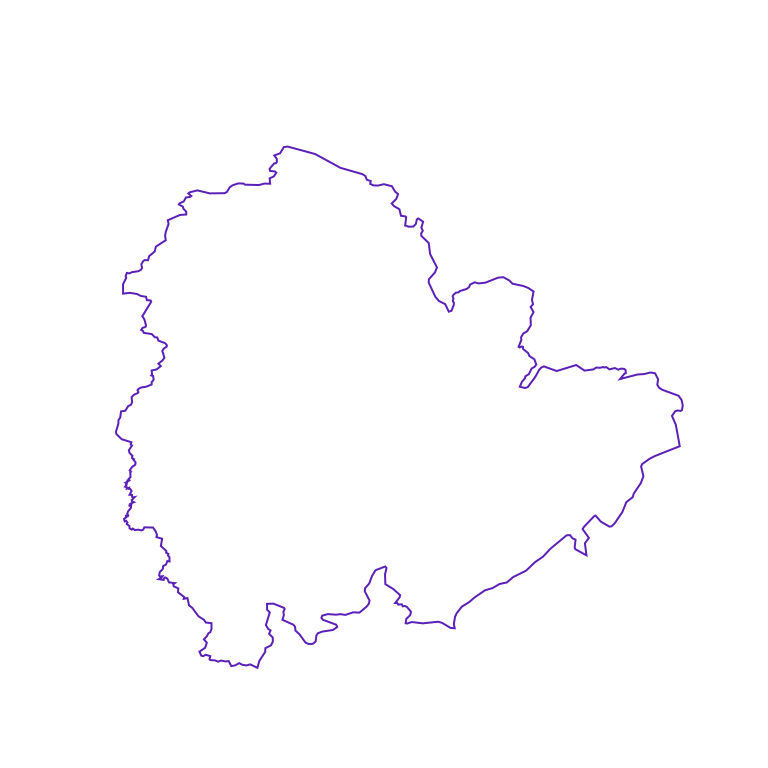 the Province of Orientale, rotated 256°
{"feature_id": "COD-1559", "entity_name": "Orientale", "entity_type": "Province", "adm_level": 1, "iso_a3": "COD", "parent_name": "Democratic Republic of the Congo", "parent_adm1": "", "projection": "equal_earth", "projection_center": [26.062, 1.632], "detail": "fine", "context": "isolated", "style": "outline", "palette": "violet", "viewbox_px": 768, "rotation_deg": 256, "n_neighbors": 0, "source": "natural_earth", "source_scale": "10m", "svg_char_len": 6163}
<svg xmlns="http://www.w3.org/2000/svg" viewBox="0 0 768 768"><g transform="rotate(256 384 384)"><path d="M421.0,122.2L420.7,126.6L424.4,130.4L425.1,133.5L427.3,135.2L432.3,135.9L434.0,138.6L434.8,143.0L435.6,143.8L437.6,143.3L438.6,144.5L439.4,147.7L438.9,152.2L439.7,158.4L441.8,158.9L444.0,161.6L447.7,161.9L448.6,160.3L449.4,161.3L453.3,161.8L453.2,167.1L455.4,171.8L458.3,170.0L460.5,174.8L462.6,177.3L469.7,176.9L471.6,178.8L472.8,182.2L474.1,182.7L476.6,181.5L480.6,175.6L484.0,175.3L484.8,172.9L488.6,170.8L491.8,163.2L493.5,163.1L495.2,161.5L496.8,163.3L497.2,166.5L498.6,167.3L504.8,167.1L508.2,165.9L520.1,178.0L521.5,177.8L522.7,174.2L526.2,174.2L528.2,169.5L531.1,166.1L534.0,159.3L534.8,152.7L543.9,154.9L549.4,159.6L551.1,159.3L554.0,161.4L552.9,163.8L553.5,166.4L552.9,172.8L553.5,175.6L555.0,177.3L558.9,177.5L561.6,180.2L562.1,181.7L561.2,185.0L564.9,187.1L568.0,193.5L572.5,195.9L576.3,207.0L580.9,207.5L584.6,209.2L591.4,213.7L595.2,213.8L597.4,226.9L596.3,233.1L599.1,233.8L602.5,231.8L604.8,231.7L607.8,228.4L608.8,229.4L609.6,233.9L612.9,236.9L612.4,240.9L613.0,242.5L616.2,240.2L617.0,242.0L617.0,249.8L611.1,261.1L607.7,275.6L608.4,278.1L612.1,281.8L613.4,284.9L613.9,290.9L612.5,296.1L611.0,297.4L607.3,310.8L607.4,316.4L605.9,322.0L611.2,322.8L612.1,327.3L615.0,330.6L616.6,329.6L618.3,325.0L620.4,325.0L624.6,330.7L624.3,332.5L625.4,333.8L628.6,334.4L632.3,332.8L633.0,339.0L638.1,344.2L637.6,348.1L623.8,372.8L604.3,394.0L592.8,413.9L590.2,416.3L586.4,416.7L584.1,420.2L581.5,419.0L579.3,421.7L578.0,426.2L577.9,432.2L574.0,439.5L568.0,441.3L564.8,443.6L560.5,440.6L557.3,435.1L554.1,436.8L549.9,441.2L543.1,441.2L541.4,445.4L540.5,445.9L532.7,442.9L530.7,445.9L529.7,450.6L531.7,453.7L535.8,455.7L536.3,457.4L532.0,461.2L526.7,458.1L523.3,458.7L521.2,456.6L518.8,456.0L510.0,461.5L498.9,460.2L484.3,463.6L479.9,460.4L474.8,452.9L471.7,451.9L456.3,454.9L451.2,457.4L446.7,462.7L438.5,464.4L438.7,467.2L443.8,470.8L445.8,471.5L447.9,470.8L450.3,472.1L452.5,471.8L453.8,473.1L455.2,475.8L454.9,478.5L455.8,480.1L456.3,487.5L457.7,490.3L459.6,491.5L460.7,496.6L458.7,500.2L457.8,506.8L459.6,520.5L458.7,525.7L454.1,530.7L450.2,533.0L445.5,542.7L442.3,547.2L437.5,551.5L429.8,547.9L425.3,547.9L423.3,544.9L417.6,546.5L412.8,542.2L405.5,540.7L400.5,535.6L399.4,531.5L396.2,528.3L393.5,527.9L387.5,523.6L386.6,524.5L387.1,526.8L386.5,527.8L384.2,527.5L379.1,531.4L376.0,531.8L371.6,535.9L366.0,536.5L364.2,534.2L363.4,531.1L358.5,526.9L357.2,522.9L355.5,522.3L352.8,518.4L348.5,515.1L346.0,519.9L346.2,522.7L354.2,532.4L360.3,538.1L361.9,540.6L362.4,543.4L354.8,554.7L355.9,575.1L348.5,581.8L347.5,590.6L348.6,594.0L347.5,597.4L347.4,601.0L346.7,601.8L346.6,603.8L343.7,606.2L343.6,611.9L341.2,614.9L341.6,617.6L340.6,620.6L339.2,621.8L336.0,621.2L335.9,619.9L331.7,614.3L331.9,632.3L330.7,638.8L330.7,645.3L328.8,649.6L322.3,651.1L317.1,649.0L313.7,650.1L311.0,652.7L301.3,667.0L296.3,668.9L291.0,668.7L286.7,666.9L286.1,665.4L287.3,662.3L287.1,659.9L283.4,655.7L273.8,657.3L252.1,655.9L248.6,629.6L247.2,623.6L243.8,615.0L241.7,613.5L231.8,613.4L225.7,609.2L217.3,599.9L214.0,597.9L210.7,590.5L202.2,584.4L193.0,574.1L190.8,570.3L191.1,568.2L198.0,561.1L205.1,557.5L204.9,555.9L197.1,543.6L195.2,541.6L185.1,545.6L180.9,540.4L168.8,539.0L177.4,529.7L179.4,529.5L186.6,532.2L188.9,529.4L192.3,528.0L193.0,524.6L184.0,505.8L178.0,496.5L174.7,487.6L168.5,476.7L165.4,462.5L161.7,455.2L162.0,447.8L159.7,439.9L159.4,432.1L154.7,419.6L151.9,414.2L149.1,405.6L144.2,399.3L141.1,396.7L134.2,393.7L129.9,393.5L131.2,389.6L138.0,382.8L140.2,379.2L142.4,363.7L146.3,353.4L146.0,348.4L146.6,347.1L150.8,348.9L153.3,353.4L156.4,355.1L162.2,352.3L163.6,350.4L163.8,348.4L165.9,348.0L166.5,344.5L168.3,343.9L168.8,341.9L173.2,347.5L175.2,348.6L182.8,343.4L189.5,336.9L198.9,338.9L204.9,341.9L206.6,341.1L205.4,330.8L200.7,326.0L194.0,321.4L190.4,316.2L187.6,315.2L177.3,317.6L174.4,316.1L172.3,313.4L168.1,304.9L169.9,298.9L169.3,290.6L171.2,286.1L171.8,281.5L174.3,273.9L174.2,268.0L172.3,266.7L170.0,267.7L162.0,279.4L159.5,279.8L157.7,274.9L158.7,264.2L158.1,259.4L156.2,257.5L150.7,255.4L149.1,252.0L149.9,248.1L152.0,245.3L161.7,241.4L166.2,238.4L170.0,239.0L172.3,237.9L179.8,228.4L183.9,230.9L187.2,231.2L189.7,233.2L191.0,232.8L197.6,223.6L199.0,217.3L193.3,216.0L190.0,217.9L178.6,211.1L174.3,212.4L172.4,214.3L169.4,212.1L165.0,214.7L161.1,213.9L157.7,211.1L156.4,205.0L152.8,203.9L145.5,196.1L139.2,192.5L144.3,186.4L144.2,182.5L145.9,178.5L148.2,176.0L147.0,171.6L147.2,167.6L152.7,166.3L153.2,162.9L155.1,159.0L154.7,155.8L156.6,153.4L158.2,148.6L159.2,148.1L162.0,149.6L164.4,145.5L163.7,142.8L164.6,141.0L169.0,140.2L171.3,146.6L175.9,149.5L179.8,147.5L182.1,151.1L184.5,153.2L185.2,155.4L188.1,157.4L193.7,158.7L195.6,153.5L198.8,152.2L203.5,147.8L213.2,143.8L216.4,141.3L223.8,141.5L224.0,137.7L225.5,138.7L231.8,133.7L235.4,135.0L238.6,131.0L240.7,131.1L241.4,132.9L243.5,127.4L247.6,126.7L249.3,124.9L249.2,124.0L247.2,122.8L249.1,118.3L250.0,121.4L251.1,122.5L251.4,120.0L252.7,119.5L255.8,121.0L258.0,124.6L260.7,125.6L261.5,128.8L264.6,130.9L263.7,133.0L268.0,133.9L270.0,132.9L271.3,133.7L273.0,131.8L274.6,132.4L280.8,128.3L287.5,131.3L290.5,126.2L292.4,127.2L296.0,126.9L300.6,125.2L302.9,116.8L301.0,115.2L300.6,113.5L302.1,110.3L302.6,106.9L304.5,105.3L303.7,104.0L305.5,102.2L307.8,102.6L310.4,100.5L311.7,101.6L313.7,100.7L313.3,99.3L313.9,99.1L316.0,99.1L317.1,101.7L318.4,101.7L317.6,103.3L318.4,104.1L319.9,103.3L322.2,104.8L325.2,108.6L326.8,109.0L327.3,107.9L326.6,107.5L327.9,107.6L328.1,109.5L329.2,109.0L329.8,112.8L331.1,111.1L332.4,111.1L334.6,114.7L334.7,113.1L335.4,112.3L337.3,112.6L338.1,110.3L341.2,113.2L343.5,112.4L344.0,111.2L345.0,111.6L344.6,109.0L346.0,109.5L347.0,107.9L348.5,109.9L349.3,109.5L350.1,110.5L350.8,109.5L351.7,112.5L352.4,112.1L352.4,113.7L353.6,113.2L355.0,115.5L359.6,116.4L360.1,117.3L361.7,116.3L364.6,119.7L365.8,123.1L368.0,124.0L371.3,122.5L371.7,123.1L373.4,121.5L375.2,122.5L378.7,120.4L381.4,120.4L385.3,124.6L386.6,123.6L388.6,124.8L393.9,116.1L400.2,112.2L402.6,112.4L409.6,116.6L413.1,117.6L415.4,120.0L421.0,122.2Z" fill="none" stroke="#5b21b6" stroke-width="2"/></g></svg>